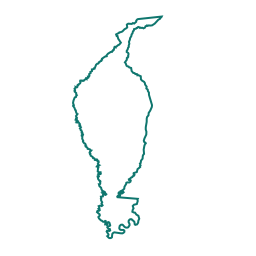 Cumaral, Meta, Colombia (Robinson projection), rotated 81°
{"feature_id": "7082276B27464538286793", "entity_name": "Cumaral", "entity_type": "district", "adm_level": 2, "iso_a3": "COL", "parent_name": "Colombia", "parent_adm1": "Meta", "projection": "robinson", "projection_center": [-73.341, 4.26], "detail": "fine", "context": "isolated", "style": "outline", "palette": "teal", "viewbox_px": 256, "rotation_deg": 81, "n_neighbors": 0, "source": "geoboundaries", "source_scale": "gbopen_adm2", "svg_char_len": 5933}
<svg xmlns="http://www.w3.org/2000/svg" viewBox="0 0 256 256"><g transform="rotate(81 128 128)"><path d="M23.2,77.3L22.0,101.1L22.3,102.0L23.3,103.1L24.4,103.3L25.8,105.6L25.1,106.7L25.8,108.0L25.0,111.4L25.4,112.5L25.8,113.0L28.4,113.0L29.1,113.8L29.9,116.0L31.8,118.5L32.2,120.3L32.2,121.6L32.6,121.9L33.7,125.1L35.4,124.8L35.5,124.0L38.3,123.7L42.6,121.7L44.3,123.6L44.6,124.8L45.9,126.9L45.8,127.8L46.1,127.8L45.8,128.2L46.1,128.8L46.6,128.7L47.1,129.2L48.6,129.8L48.6,130.4L49.4,130.8L49.6,131.6L50.3,131.9L50.2,133.2L51.5,136.2L53.4,138.3L53.8,138.1L53.9,139.6L55.5,142.9L56.5,142.9L56.7,143.6L57.6,143.9L57.6,144.7L58.3,145.6L58.5,146.5L59.2,146.7L59.7,147.3L59.7,148.3L60.5,149.6L64.1,151.7L63.8,152.4L64.5,152.9L64.5,154.5L66.2,154.7L66.8,156.3L67.7,155.8L67.4,156.0L68.0,156.4L68.5,157.8L69.6,158.1L70.4,157.9L71.2,158.8L71.0,159.5L71.5,159.5L72.0,160.3L72.3,159.9L72.5,160.3L72.4,160.9L72.8,161.1L72.6,161.4L73.0,161.4L72.7,161.8L73.3,162.2L73.3,162.8L73.8,163.8L74.3,164.1L74.5,165.2L73.9,165.9L73.7,167.7L74.2,168.0L75.0,167.6L76.4,168.3L77.5,170.7L77.9,170.5L78.5,171.5L79.4,171.5L79.8,171.9L79.9,172.7L79.4,173.3L79.7,173.3L80.9,174.7L82.3,174.3L83.1,174.6L83.1,175.0L83.7,175.0L85.3,173.7L87.0,173.9L87.6,173.4L88.3,174.2L89.2,174.5L89.4,175.6L89.9,176.1L92.3,177.5L94.7,178.4L96.6,178.0L96.9,178.4L97.3,178.1L97.8,178.7L99.4,177.8L102.0,177.3L102.4,176.8L103.7,176.9L106.1,176.3L106.4,175.8L108.1,177.5L109.3,177.2L110.8,178.0L110.7,177.4L111.6,177.9L111.6,177.2L112.2,177.3L112.3,177.6L113.0,176.9L113.5,177.5L113.6,176.9L114.5,177.7L114.7,177.1L114.5,176.5L114.1,176.7L114.2,176.2L115.5,175.5L116.6,174.9L117.0,175.4L118.2,174.9L118.5,175.6L119.9,174.4L121.0,175.5L121.4,175.1L122.9,175.0L123.1,174.4L125.2,173.9L125.4,174.5L126.3,174.4L126.3,174.8L126.7,173.7L127.5,173.4L127.8,173.6L127.5,174.0L127.8,174.2L127.8,174.8L128.4,175.0L129.2,174.4L131.4,174.9L133.7,174.2L134.1,174.6L134.7,174.5L136.3,173.6L136.8,172.7L137.9,172.4L138.8,172.9L139.3,172.2L139.9,172.5L141.1,171.2L142.3,171.1L143.0,169.1L143.9,168.4L144.6,168.8L144.7,168.1L146.2,169.8L146.7,169.8L147.4,169.2L148.0,169.6L148.7,169.2L149.5,169.2L151.1,167.4L152.3,167.2L152.5,166.3L153.0,165.8L154.3,165.8L154.6,164.8L154.3,164.6L154.1,163.7L154.4,163.4L155.1,163.6L155.5,163.0L156.1,163.2L156.4,162.5L156.7,162.8L157.4,162.4L158.7,163.4L159.6,163.1L160.2,162.3L160.4,163.0L160.8,163.1L160.6,164.2L161.2,164.8L161.9,163.3L162.5,163.4L163.0,163.9L166.2,164.7L166.9,163.8L167.3,163.7L167.4,162.0L168.9,162.0L169.2,162.4L169.2,163.1L168.7,163.5L169.2,164.0L169.0,164.4L169.5,164.4L169.7,164.9L171.3,164.3L171.6,164.7L171.4,165.6L173.9,165.4L175.9,164.3L175.9,163.8L176.3,163.6L176.8,164.1L177.9,163.9L178.9,164.3L179.3,164.9L179.1,165.5L180.3,165.4L181.0,165.3L182.8,163.9L184.5,163.8L186.0,163.1L186.7,162.1L187.3,163.4L187.5,163.1L188.0,163.3L188.1,162.5L187.6,162.2L187.7,160.9L189.1,160.5L190.0,159.8L190.6,160.6L190.5,161.0L190.0,161.0L189.2,162.6L189.9,163.1L191.6,163.5L191.6,165.5L193.3,165.4L193.7,165.9L194.5,165.7L195.4,165.9L197.3,165.1L198.4,166.0L200.4,165.2L201.0,166.2L200.3,167.6L200.6,169.2L202.4,168.8L202.9,168.9L203.1,169.5L203.6,169.0L203.9,169.5L204.8,168.9L205.2,169.5L205.2,171.2L206.2,171.8L208.9,169.5L210.1,169.6L211.3,171.2L212.8,170.8L215.0,169.2L215.6,168.2L216.7,167.3L216.9,166.3L216.2,165.1L216.5,164.6L219.6,165.6L219.7,164.8L220.5,164.1L219.8,163.3L218.3,163.4L218.0,163.2L217.9,161.9L218.6,161.2L221.3,160.8L221.9,161.4L222.1,163.6L222.9,164.0L224.4,163.1L224.9,162.4L224.9,161.8L226.3,161.6L226.8,162.3L226.2,164.8L226.9,165.3L230.1,163.9L231.2,164.4L231.6,165.4L233.4,164.2L233.9,163.3L234.0,162.2L233.5,161.0L230.2,160.1L229.4,159.2L228.9,157.9L231.0,151.2L231.2,149.9L230.8,148.8L230.0,147.8L228.7,147.7L228.0,148.4L227.5,151.1L226.8,152.0L225.5,152.3L223.4,151.5L222.5,150.2L222.5,148.9L223.0,148.2L225.1,146.9L225.9,145.9L226.3,144.6L226.1,143.3L224.3,141.7L223.0,141.5L221.2,142.1L220.2,142.0L219.5,141.7L218.6,140.6L218.5,139.3L218.8,138.6L219.9,138.0L220.2,137.4L221.7,136.4L224.3,136.4L224.8,135.9L224.6,134.1L223.1,132.8L221.2,132.3L219.4,131.1L216.3,131.5L214.8,133.3L212.7,134.3L212.3,135.6L211.4,136.8L209.3,136.0L208.3,135.1L205.8,135.5L204.7,134.1L204.5,131.2L201.6,129.8L200.3,129.9L199.5,129.4L194.7,149.2L194.0,149.3L193.5,148.7L194.0,147.4L193.5,146.4L192.8,146.4L191.6,147.6L190.7,147.5L190.1,146.9L190.2,146.1L191.4,145.4L191.8,144.6L191.6,143.7L190.8,142.4L190.2,142.7L189.9,145.3L189.3,145.3L188.6,143.0L187.4,141.2L185.5,140.7L183.0,138.6L181.8,138.2L181.6,137.3L182.0,135.2L181.4,134.0L180.2,133.5L179.7,134.1L179.4,135.2L178.8,135.2L178.1,133.5L177.3,132.4L177.2,131.4L176.4,130.9L176.0,129.4L175.2,128.9L174.2,129.7L173.4,129.4L172.9,126.2L170.1,125.0L168.5,122.1L167.4,122.2L167.0,121.5L165.0,121.8L164.6,121.0L162.2,120.2L160.6,118.4L158.0,117.8L156.7,117.0L156.1,116.2L151.8,115.9L148.1,114.6L146.2,113.5L146.0,112.9L145.3,113.0L144.3,114.2L143.1,114.4L140.9,113.4L137.4,111.0L134.6,110.4L132.1,110.7L129.9,110.3L124.9,108.6L121.5,108.0L120.1,107.4L118.7,105.8L116.3,105.2L114.4,103.4L111.0,101.2L109.2,100.7L98.5,102.1L96.3,101.8L94.5,102.6L93.2,102.5L91.8,103.7L90.1,103.1L87.8,104.3L86.3,104.3L84.9,104.9L83.3,106.8L82.0,107.6L78.9,107.3L77.5,109.4L77.4,110.5L76.5,110.4L76.1,110.8L75.9,112.3L74.8,112.9L74.4,114.2L72.2,115.5L69.2,115.5L68.3,117.4L67.4,117.8L66.9,119.1L66.2,119.7L63.6,120.2L62.7,120.8L60.4,118.5L58.7,118.2L58.3,117.7L58.4,117.2L57.7,116.6L56.6,116.6L55.8,116.1L54.5,115.9L53.9,116.1L52.7,117.4L51.4,117.1L50.5,116.1L48.8,115.4L48.0,114.5L46.9,114.5L45.0,113.5L43.1,113.6L41.0,112.3L39.6,111.9L37.7,110.3L36.1,109.8L35.3,108.8L33.3,108.0L32.7,107.0L31.3,106.6L31.1,104.5L30.5,103.8L30.6,103.2L29.9,102.4L29.9,101.6L31.0,100.6L30.8,99.9L31.2,99.4L31.3,98.0L32.0,97.1L31.5,95.6L30.2,94.7L30.2,93.4L29.7,93.1L30.2,92.4L29.9,91.4L30.3,90.2L30.4,88.2L29.1,85.3L25.8,81.1L25.1,79.3L24.5,79.2L23.9,77.8L23.2,77.3Z" fill="none" stroke="#0f766e" stroke-width="2"/></g></svg>